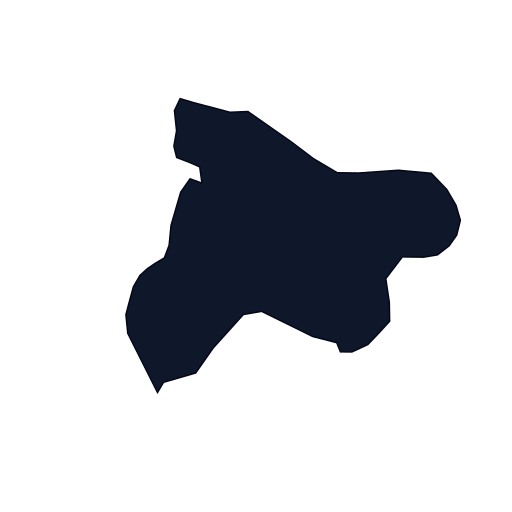 Donghae-si, Gangwon, South Korea (Natural Earth projection), rotated 215°
{"feature_id": "91817680B21216327036282", "entity_name": "Donghae-si", "entity_type": "district", "adm_level": 2, "iso_a3": "KOR", "parent_name": "South Korea", "parent_adm1": "Gangwon", "projection": "natural_earth1", "projection_center": [129.058, 37.511], "detail": "fine", "context": "isolated", "style": "filled", "palette": "ink", "viewbox_px": 512, "rotation_deg": 215, "n_neighbors": 0, "source": "geoboundaries", "source_scale": "gbopen_adm2", "svg_char_len": 829}
<svg xmlns="http://www.w3.org/2000/svg" viewBox="0 0 512 512"><g transform="rotate(215 256 256)"><path d="M131.9,225.9L122.4,232.4L113.6,247.6L111.4,261.8L109.1,279.2L120.2,294.5L136.7,311.9L135.6,339.2L118.0,351.2L108.0,361.0L103.6,375.2L103.6,381.7L103.6,388.3L109.1,402.5L121.3,412.3L137.8,419.9L159.9,424.3L188.6,407.9L219.6,382.8L237.2,370.8L264.8,368.7L292.5,369.7L315.6,369.7L345.5,369.7L359.8,358.8L395.2,345.8L408.4,341.4L406.2,328.3L392.9,313.0L386.3,298.9L377.5,291.2L364.2,294.5L353.2,296.7L342.1,284.7L354.3,281.4L354.3,265.1L343.2,232.4L333.3,214.9L330.0,201.9L334.4,192.1L337.7,183.4L339.9,173.6L338.8,160.5L333.3,145.2L328.9,133.3L316.7,119.1L258.4,87.7L259.3,99.5L238.3,125.6L238.3,156.1L232.8,200.8L219.6,213.9L163.3,222.6L140.1,231.3L131.9,225.9Z" fill="#0f172a" stroke="#020617" stroke-width="1.5"/></g></svg>